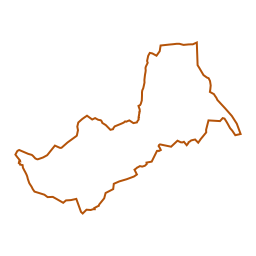 outline of Demsa, Adamawa, Nigeria
{"feature_id": "59680162B45761287530482", "entity_name": "Demsa", "entity_type": "district", "adm_level": 2, "iso_a3": "NGA", "parent_name": "Nigeria", "parent_adm1": "Adamawa", "projection": "natural_earth1", "projection_center": [11.987, 9.411], "detail": "fine", "context": "isolated", "style": "outline", "palette": "amber", "viewbox_px": 256, "rotation_deg": 0, "n_neighbors": 0, "source": "geoboundaries", "source_scale": "gbopen_adm2", "svg_char_len": 2755}
<svg xmlns="http://www.w3.org/2000/svg" viewBox="0 0 256 256"><path d="M210.3,89.3L210.7,85.4L210.0,81.0L208.6,78.2L207.0,77.6L203.5,75.1L199.1,67.6L197.6,65.2L196.8,42.5L192.9,44.3L188.9,44.4L183.5,44.9L179.4,43.8L176.6,43.8L173.2,44.2L169.0,44.6L160.6,45.5L159.7,51.2L156.5,55.7L152.3,53.4L149.8,52.9L148.2,55.8L147.1,60.9L147.2,61.4L147.7,62.8L145.9,66.5L145.5,68.0L145.7,70.4L145.5,72.1L145.0,74.8L144.4,79.9L144.5,82.6L143.6,86.7L143.2,88.4L142.3,90.3L142.0,92.2L142.0,95.6L141.8,100.5L140.8,103.8L140.1,105.1L138.5,105.9L139.0,107.6L139.5,108.8L139.7,109.6L139.7,110.3L139.8,111.0L139.8,111.5L139.6,111.9L139.5,112.1L139.3,112.2L139.5,112.5L139.4,112.9L139.4,113.3L139.3,113.7L139.1,114.0L139.0,115.7L138.7,116.2L138.7,116.7L139.0,117.4L138.8,117.8L138.5,118.0L138.6,118.8L138.7,119.2L138.5,119.8L137.5,121.1L136.9,122.4L133.4,123.1L129.3,120.4L126.2,121.7L125.5,121.5L125.1,121.4L123.7,122.6L121.5,123.6L114.7,126.4L113.5,128.0L113.0,129.2L110.4,129.8L105.8,125.1L103.4,123.6L102.3,122.9L101.7,121.3L100.7,120.2L99.6,120.1L98.0,119.7L95.1,118.1L92.2,119.5L87.0,115.7L83.5,118.1L81.9,119.3L78.3,122.5L77.3,126.6L77.9,129.8L78.0,130.1L76.9,135.3L76.7,135.8L67.5,142.5L61.6,147.7L60.9,147.9L60.2,147.9L59.6,147.7L54.9,145.6L47.2,155.2L43.0,157.5L38.1,159.2L37.3,159.3L35.4,158.5L32.9,155.8L31.8,154.9L28.3,153.9L19.2,150.0L18.3,150.4L17.2,151.2L15.4,154.6L17.1,156.9L18.9,159.1L20.0,160.4L20.2,161.4L19.2,161.3L18.8,163.1L20.1,164.0L20.1,164.6L22.6,165.1L22.9,167.7L23.5,168.8L24.3,170.4L25.2,172.0L26.5,174.6L27.2,176.4L27.9,179.2L29.3,183.2L30.9,185.7L31.4,186.4L32.8,189.2L34.5,191.6L40.6,193.5L44.4,194.7L47.6,197.1L52.8,196.9L56.6,199.0L60.1,201.0L63.2,202.8L66.0,200.4L67.7,200.3L70.9,200.1L76.3,198.9L81.0,211.9L82.7,213.5L86.5,209.7L90.7,210.0L93.1,209.2L94.7,209.2L94.5,208.0L94.9,208.0L95.0,207.7L95.7,207.3L96.7,206.8L97.4,206.4L98.0,206.1L98.7,205.9L99.2,204.5L104.2,198.3L105.6,193.0L113.2,189.1L113.8,183.8L119.3,181.4L126.4,179.3L127.0,179.1L134.0,176.5L136.9,174.5L134.5,169.7L136.4,168.3L137.1,167.6L138.2,167.1L139.9,166.1L142.2,166.6L144.8,165.8L146.7,164.1L146.5,162.6L150.3,161.9L151.7,161.6L157.0,150.9L158.7,150.8L158.9,151.0L159.7,150.6L160.3,150.3L160.8,150.0L159.7,147.7L158.6,146.1L159.0,145.1L160.0,144.4L160.3,144.5L161.0,144.6L165.8,145.6L171.1,146.7L177.5,140.7L180.8,142.3L182.4,142.4L183.9,141.8L186.7,145.2L188.2,143.3L188.6,142.2L189.7,141.6L191.2,140.4L195.1,139.5L198.2,142.7L199.7,140.6L200.7,139.1L206.2,132.4L206.1,129.8L208.5,120.4L220.0,121.1L222.7,118.1L224.5,118.6L226.3,121.4L227.7,123.8L230.1,128.2L232.2,130.6L234.6,134.2L235.3,135.2L240.6,134.0L236.8,123.7L231.8,115.9L225.0,108.2L217.4,100.0L216.3,97.7L214.8,95.6L214.0,94.2L209.9,91.9L210.3,89.3Z" fill="none" stroke="#b45309" stroke-width="2"/></svg>